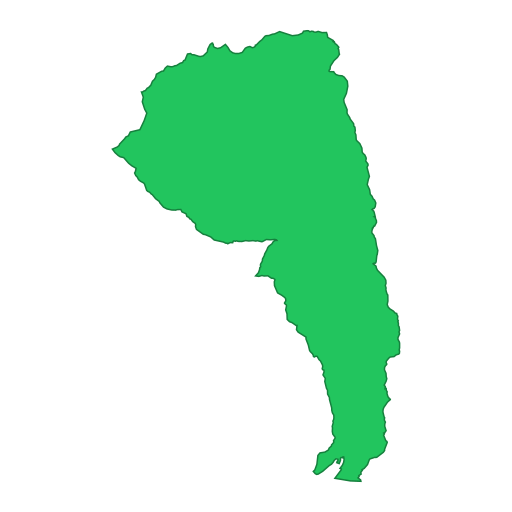 Leresti, Arges, Romania (Robinson projection)
{"feature_id": "2599482B20618931302100", "entity_name": "Leresti", "entity_type": "district", "adm_level": 2, "iso_a3": "ROU", "parent_name": "Romania", "parent_adm1": "Arges", "projection": "robinson", "projection_center": [25.045, 45.399], "detail": "fine", "context": "isolated", "style": "filled", "palette": "green", "viewbox_px": 512, "rotation_deg": 0, "n_neighbors": 0, "source": "geoboundaries", "source_scale": "gbopen_adm2", "svg_char_len": 6020}
<svg xmlns="http://www.w3.org/2000/svg" viewBox="0 0 512 512"><path d="M255.6,275.9L258.8,276.4L261.9,275.5L264.1,276.0L267.9,275.8L271.4,278.2L273.1,278.3L274.7,279.2L275.0,279.7L274.3,281.8L274.5,285.7L277.6,292.9L281.7,295.2L284.5,297.3L285.6,298.5L285.8,300.8L284.5,303.0L284.6,303.5L286.3,304.9L286.5,305.9L285.7,309.9L287.0,313.8L287.2,319.4L289.5,321.7L292.0,322.6L296.3,325.6L297.0,325.5L296.5,329.7L298.1,332.1L306.0,337.1L306.0,339.0L308.3,345.0L309.6,350.5L310.3,351.6L312.5,353.8L313.5,355.8L313.4,356.3L314.2,357.0L315.9,356.2L317.2,356.4L319.0,359.6L320.5,361.0L322.5,365.0L322.7,366.6L322.2,368.8L322.7,369.7L323.9,370.1L324.0,370.6L324.0,372.0L323.0,374.9L325.3,378.4L324.8,381.5L326.5,388.4L327.5,390.1L327.6,394.1L329.4,397.5L329.5,399.5L331.7,407.9L331.8,410.4L332.4,412.8L333.8,415.2L333.9,417.8L333.7,419.4L332.9,421.1L333.3,422.6L332.2,426.4L332.5,427.9L332.3,431.4L332.8,434.1L335.1,437.3L335.1,438.2L333.5,440.6L333.8,442.1L333.5,442.7L331.5,445.0L331.4,446.1L329.2,448.0L328.4,450.0L324.9,452.1L320.0,452.9L317.9,455.4L316.9,464.3L314.8,470.0L313.3,471.4L315.2,473.6L316.6,474.4L318.2,474.1L322.7,471.3L329.2,465.6L331.5,464.2L333.2,462.2L334.2,460.4L336.0,458.8L338.0,459.3L337.9,460.6L337.4,461.1L337.7,461.2L336.8,462.7L339.2,463.6L340.5,460.3L340.4,458.2L341.1,457.5L342.7,457.8L342.9,456.9L343.4,456.9L343.6,456.3L344.1,459.6L343.6,462.5L342.3,465.4L340.0,468.4L341.4,469.0L341.1,470.0L334.9,478.3L350.4,480.9L360.9,481.3L360.6,479.9L358.0,477.9L359.1,476.5L358.8,475.6L361.1,474.1L360.8,472.4L362.5,470.0L362.1,469.6L364.2,468.4L367.5,464.6L369.3,459.7L370.0,458.9L374.9,457.3L375.8,457.5L376.9,457.2L383.3,452.3L384.6,450.5L384.6,449.3L387.2,442.5L386.9,441.4L385.8,440.7L383.6,435.2L384.4,433.9L383.7,433.1L384.7,432.7L386.1,430.7L384.7,426.2L384.8,423.8L385.4,422.1L384.5,420.5L384.3,418.8L384.7,417.9L384.1,416.9L382.9,411.9L383.1,409.5L383.8,407.5L387.5,402.1L390.3,399.6L390.3,399.2L389.2,398.7L388.8,397.6L388.0,396.9L386.9,393.1L387.2,391.9L386.3,390.3L386.2,388.6L385.9,388.2L385.1,388.6L385.3,386.6L384.2,385.1L386.1,381.2L386.8,378.7L386.2,376.5L386.0,373.3L384.5,369.9L384.5,368.7L384.6,367.4L385.4,365.8L386.7,364.5L386.7,363.7L386.1,362.7L386.3,361.2L388.8,358.1L390.2,357.0L394.0,356.6L396.3,354.8L398.7,354.1L399.4,353.3L399.6,351.2L399.2,349.9L399.6,347.9L399.6,343.3L399.4,342.1L397.9,339.2L398.0,337.5L399.6,333.9L399.0,331.9L399.6,330.4L399.1,326.8L398.4,325.7L398.4,323.1L397.8,321.7L398.3,320.9L397.5,319.2L397.8,316.2L396.7,314.2L396.7,313.5L395.2,313.1L393.4,311.1L389.9,308.9L388.2,307.1L387.2,304.5L387.9,301.1L387.8,295.0L387.0,293.9L386.1,290.9L385.8,288.9L386.1,288.1L385.3,285.6L386.0,283.3L385.8,280.2L384.1,277.1L377.5,270.3L376.4,268.1L376.0,266.1L373.1,263.8L373.9,263.2L375.5,263.1L376.1,261.9L376.8,255.4L377.2,254.6L377.8,250.5L376.5,245.6L375.4,238.7L374.2,236.9L374.0,235.6L371.9,232.9L371.8,232.0L372.0,230.2L372.4,229.7L372.2,228.8L372.7,228.4L372.6,227.8L373.2,227.7L373.8,226.1L374.6,226.1L376.5,222.4L376.4,220.6L375.5,218.5L375.3,217.1L374.2,216.7L375.1,216.2L374.1,212.1L373.6,211.0L373.3,211.0L372.7,209.9L372.0,209.6L372.7,208.8L374.1,208.4L375.2,206.8L375.8,203.0L374.6,200.1L373.2,198.9L372.0,196.2L370.3,194.3L369.6,189.7L367.2,184.6L368.4,179.2L369.4,176.4L367.0,167.3L368.1,165.1L367.9,163.9L365.7,161.0L366.2,158.8L366.0,157.4L364.7,154.8L363.2,153.6L362.2,152.1L361.9,148.1L361.4,147.0L359.8,143.6L356.8,140.7L356.2,139.7L355.9,134.9L354.8,132.3L355.3,130.7L354.9,127.1L353.9,126.3L353.6,123.7L350.2,119.1L349.7,117.6L347.3,113.9L347.0,112.5L347.1,109.7L344.1,102.4L343.7,99.3L346.4,93.4L347.8,86.2L347.3,81.2L344.2,77.1L342.1,75.8L338.7,75.5L335.9,74.5L334.3,72.8L333.7,71.7L329.8,71.6L329.0,71.1L329.2,70.0L330.0,69.3L330.4,66.2L331.0,65.2L334.0,60.6L337.5,57.3L339.5,54.2L339.2,53.6L338.7,49.7L338.1,48.5L338.8,47.2L336.5,44.5L335.0,43.6L334.4,41.9L333.5,42.0L333.0,41.5L333.5,41.0L333.2,40.5L327.7,37.4L327.3,34.8L326.5,32.5L322.1,32.6L318.1,31.4L315.9,32.2L314.2,32.1L313.2,31.4L311.5,31.2L309.9,31.8L308.6,30.8L307.1,30.7L303.5,31.2L302.5,33.1L298.2,35.0L292.3,35.7L279.6,31.6L274.6,33.9L272.4,34.2L269.0,35.5L266.1,35.7L264.9,36.3L261.9,39.8L259.7,41.5L256.3,45.0L255.4,45.1L255.1,46.5L253.9,47.3L252.3,47.7L249.9,46.5L247.4,47.1L245.3,48.2L242.3,52.4L238.9,53.5L235.2,53.5L232.7,52.8L229.9,50.8L227.9,47.4L225.4,44.4L220.7,47.7L217.5,48.5L214.3,47.3L213.5,46.3L213.2,44.2L212.6,43.8L212.5,43.1L212.0,43.1L210.1,44.5L207.8,49.0L207.3,52.0L203.2,55.9L200.7,56.5L199.0,56.4L194.1,54.8L191.9,54.7L190.6,53.5L187.5,54.0L185.0,60.1L183.7,60.6L182.5,62.6L180.2,63.2L176.4,65.6L175.0,65.7L172.9,66.6L171.1,66.8L167.4,66.1L165.2,68.1L163.5,71.0L161.6,71.3L156.4,74.2L155.6,77.4L154.3,79.5L152.5,81.2L150.6,85.7L149.7,86.2L148.7,87.5L147.2,88.2L145.4,90.6L143.9,91.0L142.5,92.0L141.5,92.0L143.3,97.2L142.3,101.8L144.7,109.2L146.8,113.1L144.2,120.6L139.9,129.7L130.3,132.0L128.4,135.8L125.7,137.1L124.7,138.7L119.5,144.2L119.2,145.4L117.3,147.0L112.4,149.1L115.0,152.6L118.2,155.5L120.2,156.8L123.7,157.6L128.6,163.2L131.8,165.8L136.1,168.3L135.4,171.5L134.6,173.0L135.8,175.6L137.2,177.0L138.6,179.7L140.4,181.2L143.7,183.0L144.5,184.0L146.7,190.4L147.8,191.4L149.8,192.3L151.1,193.9L152.3,194.6L155.6,198.7L159.2,201.4L159.9,202.9L163.5,207.1L166.9,208.9L171.7,210.0L175.7,210.1L177.3,209.6L180.8,209.5L182.0,211.9L186.0,213.7L186.9,216.4L188.9,217.4L189.7,218.8L191.0,219.3L192.7,221.6L195.2,223.4L195.7,224.6L195.5,226.6L196.5,229.4L203.3,234.3L205.2,234.6L210.7,236.9L214.2,240.0L223.6,242.1L225.5,243.1L227.8,243.4L227.9,243.7L230.1,242.6L232.7,242.7L233.1,241.4L233.9,240.9L235.6,241.3L236.5,240.8L238.2,241.4L241.9,241.5L245.6,240.6L248.9,241.0L253.0,240.6L255.9,241.1L257.2,240.7L261.5,241.7L262.4,241.6L266.3,239.5L270.6,239.8L274.7,239.4L276.5,239.8L276.9,240.4L274.8,240.5L273.0,242.0L272.0,243.8L268.7,246.3L267.7,247.8L266.9,249.9L264.7,253.9L264.3,255.6L262.5,259.0L262.3,261.2L260.6,264.1L260.4,265.0L260.7,266.8L259.8,267.7L259.5,269.8L258.4,272.8L255.6,275.9Z" fill="#22c55e" stroke="#15803d" stroke-width="1.5"/></svg>